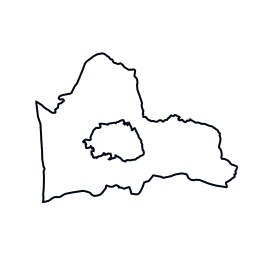 outline of Samraong Tong, Kâmpóng Spœ, Cambodia, rotated 168°
{"feature_id": "14789045B32587408754767", "entity_name": "Samraong Tong", "entity_type": "district", "adm_level": 2, "iso_a3": "KHM", "parent_name": "Cambodia", "parent_adm1": "Kâmpóng Spœ", "projection": "albers", "projection_center": [104.483, 11.45], "detail": "fine", "context": "isolated", "style": "outline", "palette": "ink", "viewbox_px": 256, "rotation_deg": 168, "n_neighbors": 0, "source": "geoboundaries", "source_scale": "gbopen_adm2", "svg_char_len": 5898}
<svg xmlns="http://www.w3.org/2000/svg" viewBox="0 0 256 256"><g transform="rotate(168 128 128)"><path d="M156.1,200.6L157.8,198.3L159.4,195.6L162.3,191.3L168.2,182.8L169.3,181.5L171.4,180.0L176.1,174.0L177.4,173.6L185.0,173.8L187.1,173.5L188.1,173.2L189.0,172.5L189.5,171.8L189.6,171.2L189.0,170.3L188.0,169.9L185.7,169.7L185.1,168.9L185.0,167.9L187.4,166.7L187.8,166.3L188.4,166.1L189.2,166.2L190.1,165.9L190.9,165.9L191.3,165.5L192.3,162.4L193.1,162.3L193.7,162.0L194.2,161.4L194.9,161.5L195.5,161.1L195.6,158.8L195.7,158.4L196.0,158.2L196.7,158.1L197.6,158.4L198.7,158.5L199.2,158.8L203.1,163.1L203.7,163.3L206.1,166.1L207.6,168.4L212.0,172.7L212.3,172.8L212.4,172.4L213.7,157.7L212.8,150.1L215.0,135.8L215.3,135.2L215.2,134.9L216.9,123.0L218.3,115.8L218.7,107.7L218.4,107.3L218.1,105.7L218.5,104.5L219.0,103.8L219.6,103.2L219.8,102.3L219.7,101.6L220.5,97.1L221.6,92.2L223.0,86.4L224.8,80.6L225.2,77.6L225.8,75.1L226.5,73.4L223.9,73.1L220.6,73.3L215.9,75.3L213.3,75.6L210.0,74.7L209.3,74.6L205.1,76.0L203.5,76.5L202.2,76.6L195.2,76.5L185.3,75.9L182.2,74.7L179.3,73.0L178.4,72.3L177.4,70.4L175.9,69.0L174.4,68.4L170.8,68.3L168.8,68.7L167.0,69.7L165.1,71.3L162.5,73.6L162.0,74.3L161.4,76.0L160.8,76.2L158.2,74.6L156.1,73.8L155.3,73.8L152.1,74.6L151.3,74.5L150.2,73.8L149.8,73.0L149.3,73.0L149.1,72.7L149.2,71.7L146.4,70.9L144.9,69.7L144.2,69.4L143.7,69.4L142.8,69.7L141.8,69.7L141.1,69.9L140.1,69.7L139.4,70.0L139.0,69.9L138.5,67.0L138.4,63.2L138.1,62.8L137.6,62.8L134.2,61.5L133.1,61.3L131.9,61.3L130.6,61.9L129.6,62.8L127.4,65.3L125.6,67.8L123.5,71.4L118.6,71.9L113.1,76.4L105.7,73.4L103.9,71.9L95.5,71.9L93.6,72.4L90.9,72.7L85.5,72.5L84.0,72.1L81.7,71.2L80.5,70.5L80.0,69.8L79.5,67.4L79.1,66.3L77.7,64.7L76.9,64.1L74.6,63.3L72.6,63.3L68.8,62.3L61.0,57.1L58.9,55.9L53.9,53.4L43.9,49.6L43.4,50.4L43.4,51.4L43.7,52.9L43.6,54.0L43.0,54.6L41.9,54.7L38.4,55.9L37.0,56.8L33.9,58.1L33.6,58.9L33.6,60.4L32.8,60.3L31.9,61.1L31.9,63.3L31.5,64.0L30.6,64.6L30.3,65.4L29.5,66.9L29.6,67.9L32.6,69.9L34.5,70.8L35.9,73.8L37.1,75.4L38.5,76.6L39.9,77.5L42.6,78.4L42.9,79.5L42.5,80.8L41.9,82.0L41.6,85.0L41.7,86.8L42.0,88.1L42.8,89.5L43.0,90.5L40.5,95.9L40.1,97.0L39.7,99.3L39.8,100.3L39.9,102.0L39.2,103.5L40.1,104.7L40.5,105.8L40.5,106.5L40.9,107.0L41.3,107.8L42.8,109.1L43.2,109.8L44.0,110.4L45.0,111.8L48.3,113.4L49.6,114.3L50.4,115.0L52.2,116.0L52.8,116.3L55.4,116.8L55.9,117.4L58.5,118.9L59.2,119.0L60.2,119.0L60.8,119.2L63.0,121.2L63.3,121.6L64.6,122.4L64.9,123.2L65.5,123.6L66.7,122.5L67.2,122.4L68.7,123.0L69.2,122.7L69.6,122.0L70.7,121.8L72.3,123.0L73.1,124.7L73.5,125.0L75.3,124.6L76.1,124.8L76.9,125.7L76.9,126.5L75.9,126.9L75.6,127.2L75.3,127.8L75.5,128.2L76.5,128.8L77.8,129.9L78.2,130.3L79.5,131.0L80.6,130.3L81.5,130.4L82.4,130.7L83.0,131.0L83.1,131.3L83.7,131.2L84.8,129.9L86.5,129.4L86.7,128.9L87.1,128.8L88.0,127.9L90.4,128.0L90.8,127.8L91.7,127.1L92.5,126.9L93.8,128.5L94.6,128.8L95.8,129.0L98.2,128.1L98.8,128.1L100.3,128.7L102.1,129.7L102.9,129.7L103.9,129.9L104.4,130.2L104.6,130.8L105.7,131.2L106.1,131.4L106.9,132.4L107.3,133.3L107.8,134.0L108.0,134.5L108.5,135.2L110.4,135.5L110.8,135.9L110.8,136.4L110.6,136.8L110.3,137.8L110.6,138.6L110.1,139.1L110.1,140.2L109.4,141.5L109.4,142.2L109.8,142.8L110.1,146.6L109.1,149.5L109.9,156.9L110.8,163.4L110.3,167.9L110.0,168.9L109.7,169.0L109.3,170.6L109.1,172.7L109.3,174.8L110.1,176.2L110.5,176.6L110.9,177.6L109.3,181.9L109.1,182.6L109.4,183.5L109.9,183.9L110.5,184.2L112.3,184.2L113.9,184.7L115.0,184.7L115.3,184.8L118.8,188.2L120.4,191.2L121.0,192.0L122.0,192.9L123.7,192.6L124.6,192.8L128.1,194.8L128.4,195.1L128.7,195.7L129.1,198.0L130.7,198.9L132.4,201.9L133.7,203.0L134.8,204.5L136.2,205.6L137.6,206.4L142.9,206.4L144.5,206.0L147.0,205.2L154.7,201.6L156.1,200.6ZM129.9,95.9L132.0,95.9L133.1,96.0L134.8,96.7L136.0,96.7L136.7,96.6L137.4,95.8L138.2,96.1L139.5,97.0L140.6,98.1L141.3,99.7L143.7,102.0L144.6,102.5L145.4,103.6L145.9,103.9L146.6,101.7L148.7,101.5L149.8,101.6L150.3,101.4L150.7,101.5L151.4,101.2L151.6,101.4L152.2,101.1L152.8,101.1L153.1,101.3L152.3,101.8L152.2,102.0L151.3,102.6L150.6,102.8L150.3,104.2L150.4,106.5L151.8,106.7L152.4,107.1L153.2,107.2L153.7,107.0L153.8,106.7L154.7,106.7L155.8,106.4L156.1,107.9L156.2,108.1L156.9,108.3L157.2,108.4L157.4,108.1L157.6,107.0L159.1,106.8L159.7,106.2L161.5,106.2L162.1,106.4L162.8,106.1L163.4,106.2L164.6,105.3L164.9,105.9L165.8,106.0L166.4,105.9L166.6,106.0L166.9,105.8L167.3,105.8L167.6,106.0L167.9,106.5L168.0,107.2L168.3,107.2L168.4,108.1L168.4,108.8L168.6,109.9L169.1,109.9L168.9,111.1L168.9,112.1L168.7,112.6L168.2,112.3L167.7,112.6L166.3,112.7L166.0,113.9L166.4,113.9L166.4,115.6L167.5,115.6L167.4,116.2L167.6,116.3L167.9,116.8L167.8,117.4L168.1,117.9L169.4,116.9L172.1,116.9L173.0,117.2L172.9,120.8L172.3,120.9L172.6,122.2L172.9,123.0L173.6,123.3L173.8,123.5L174.2,123.2L174.5,123.3L174.7,123.9L173.4,125.0L171.7,125.4L170.5,125.1L168.9,124.2L167.4,124.1L167.0,124.4L166.6,125.0L166.8,126.2L166.2,127.4L163.6,130.9L162.7,132.3L161.7,133.4L160.9,133.6L160.2,134.2L159.3,134.7L158.8,134.7L156.7,134.1L155.3,134.2L154.9,134.4L154.6,134.8L154.9,135.3L154.5,136.5L154.7,137.0L154.8,137.9L154.0,137.9L151.6,137.3L148.0,136.0L147.4,135.4L147.0,135.4L146.3,136.2L140.5,136.0L139.7,135.9L139.3,135.4L138.8,135.2L138.4,135.5L138.1,135.8L137.6,136.1L136.1,135.9L134.5,136.6L132.1,136.9L131.0,136.7L130.3,134.3L130.5,133.9L131.3,133.1L130.5,132.1L128.8,133.1L128.1,131.5L127.5,132.3L127.3,131.5L126.0,132.8L124.9,128.8L124.4,126.0L124.8,125.3L124.5,125.0L123.3,125.5L122.1,126.3L121.5,126.4L121.1,125.3L120.6,122.6L119.4,118.7L119.5,117.0L119.1,116.1L117.6,112.9L117.9,112.2L118.0,110.9L117.5,108.9L117.6,108.3L118.0,107.6L118.1,107.0L117.9,105.7L118.2,104.7L118.2,104.0L118.1,103.2L117.8,103.0L117.6,102.4L117.6,101.1L117.7,100.2L118.3,99.0L119.1,98.4L121.2,98.1L123.1,97.4L123.9,96.9L125.8,96.5L127.0,95.7L127.4,95.6L129.9,95.9Z" fill="none" stroke="#020617" stroke-width="2"/></g></svg>